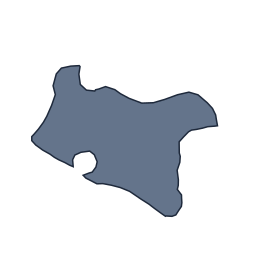 Lankaran District, Lankaran, Azerbaijan, rotated 126°
{"feature_id": "54616110B2076465815790", "entity_name": "Lankaran District", "entity_type": "district", "adm_level": 2, "iso_a3": "AZE", "parent_name": "Azerbaijan", "parent_adm1": "Lankaran", "projection": "equal_earth", "projection_center": [48.748, 38.769], "detail": "fine", "context": "isolated", "style": "filled", "palette": "slate", "viewbox_px": 256, "rotation_deg": 126, "n_neighbors": 0, "source": "geoboundaries", "source_scale": "gbopen_adm2", "svg_char_len": 1243}
<svg xmlns="http://www.w3.org/2000/svg" viewBox="0 0 256 256"><g transform="rotate(126 128 128)"><path d="M192.6,136.5L193.3,132.7L191.4,120.3L187.8,115.7L184.1,107.9L180.7,99.2L178.3,89.4L177.9,75.8L177.3,66.4L177.5,59.2L177.5,50.9L177.4,45.8L176.8,45.5L173.6,40.5L170.2,38.2L165.6,38.5L160.1,38.7L156.8,40.5L153.4,43.3L150.7,45.4L148.7,52.0L144.9,53.6L140.3,56.8L133.3,63.4L125.3,65.9L120.2,69.1L118.1,71.8L112.1,76.3L110.9,77.2L109.1,78.5L102.4,77.8L95.5,76.8L92.4,75.4L89.0,71.9L84.4,67.7L80.1,64.3L75.4,58.8L73.6,56.9L69.3,61.4L65.9,64.8L62.5,71.2L61.0,78.7L60.0,90.9L63.2,99.8L72.0,107.5L83.3,115.1L92.7,122.4L99.8,131.5L103.4,144.7L104.7,154.4L104.7,161.2L107.7,170.5L113.7,174.6L116.1,176.7L117.6,176.6L121.8,183.9L120.8,192.2L113.3,199.4L106.5,202.9L106.2,204.1L108.4,206.8L111.6,210.7L118.7,217.1L126.4,217.8L137.9,213.4L143.7,206.4L154.6,203.1L166.1,200.6L173.0,199.8L181.5,199.8L188.5,200.4L191.5,200.8L193.6,199.3L194.8,198.4L196.0,192.6L196.0,184.1L195.0,175.7L195.0,170.3L194.4,165.2L193.1,158.9L192.4,153.4L191.5,149.6L186.3,154.1L181.1,155.1L178.0,153.3L175.3,151.8L169.2,145.4L169.3,142.2L169.4,139.6L173.4,133.1L178.4,131.0L184.7,131.0L187.4,133.1L192.6,136.5Z" fill="#64748b" stroke="#1e293b" stroke-width="1.5"/></g></svg>